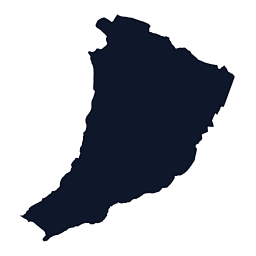 Zipacón, Cundinamarca, Colombia (orthographic projection)
{"feature_id": "7082276B87825426201074", "entity_name": "Zipacón", "entity_type": "district", "adm_level": 2, "iso_a3": "COL", "parent_name": "Colombia", "parent_adm1": "Cundinamarca", "projection": "orthographic", "projection_center": [-74.398, 4.753], "detail": "fine", "context": "isolated", "style": "filled", "palette": "ink", "viewbox_px": 256, "rotation_deg": 0, "n_neighbors": 0, "source": "geoboundaries", "source_scale": "gbopen_adm2", "svg_char_len": 5693}
<svg xmlns="http://www.w3.org/2000/svg" viewBox="0 0 256 256"><path d="M108.9,207.8L109.7,205.9L110.2,205.6L111.6,205.5L112.1,205.1L112.4,204.6L113.8,203.8L114.8,203.6L115.0,202.6L116.8,202.8L117.1,202.0L117.7,201.6L118.5,201.6L119.6,202.2L121.5,202.7L122.1,202.6L123.9,202.1L124.6,202.1L125.7,202.3L126.8,201.6L128.8,201.5L129.6,201.3L130.2,200.9L131.4,199.5L132.4,198.9L132.6,198.6L133.0,198.3L134.0,198.3L134.9,198.1L136.2,198.2L137.1,197.4L137.5,197.2L138.2,197.1L140.7,195.4L141.7,194.9L142.8,193.7L145.0,192.8L145.7,192.6L149.0,192.3L150.2,192.3L151.5,192.6L153.1,192.6L158.9,190.9L159.5,190.2L160.3,189.5L161.7,187.6L162.4,187.1L163.2,187.0L164.1,187.3L164.8,187.2L166.7,186.8L167.5,186.4L167.8,185.7L170.2,183.4L172.3,180.7L172.6,179.9L173.1,179.3L173.9,177.9L174.0,175.8L174.4,175.2L174.8,175.0L175.2,175.0L176.2,175.3L178.5,174.5L179.5,174.8L180.4,174.6L181.7,174.0L184.5,172.2L186.7,170.2L190.5,165.4L192.1,162.9L193.1,161.4L193.9,160.1L194.3,158.7L194.5,156.7L195.2,154.1L196.1,149.9L196.1,149.1L195.9,148.6L195.6,148.1L195.0,147.9L194.8,147.0L194.8,146.0L195.2,144.8L195.8,143.9L196.4,143.5L197.0,143.4L197.8,143.0L198.5,142.1L199.0,140.9L200.0,140.3L200.5,139.7L201.0,139.4L201.3,138.8L201.5,137.6L201.2,136.8L201.2,135.6L200.7,134.1L207.2,131.3L206.9,127.4L207.0,126.2L207.3,125.8L208.4,125.8L211.6,126.1L212.9,126.1L212.3,123.4L211.1,120.5L211.5,119.8L214.9,112.0L217.0,113.6L217.5,112.3L218.2,110.8L218.7,110.5L220.4,105.9L220.4,105.3L221.4,105.8L222.7,106.1L223.3,106.0L233.9,77.0L233.7,76.3L232.1,74.5L230.6,74.0L229.6,73.2L228.4,72.8L227.7,72.2L227.1,71.2L226.2,69.1L224.8,67.4L224.3,66.5L223.9,66.6L223.3,67.5L222.7,68.0L222.2,67.7L222.1,68.0L220.7,69.8L220.1,69.5L218.5,69.6L217.8,69.1L217.3,68.4L217.0,67.2L217.0,66.3L216.6,65.8L216.2,65.7L215.0,65.7L213.2,65.2L211.6,65.1L204.9,63.3L199.4,60.9L198.0,60.5L197.4,59.9L196.6,58.9L190.9,54.1L190.2,52.6L189.5,51.6L188.0,51.1L187.1,50.4L185.1,48.6L184.2,48.3L181.6,48.7L180.4,48.4L179.5,48.5L179.0,48.7L177.8,48.9L176.6,49.4L176.2,49.4L175.2,49.1L174.6,48.5L174.1,47.5L173.5,46.7L171.0,44.2L170.8,43.1L170.4,42.2L169.6,41.3L168.6,39.7L168.6,38.4L168.5,38.0L167.2,37.6L166.3,37.1L165.7,37.0L165.2,37.2L164.9,37.5L164.3,37.9L163.7,38.0L163.5,37.9L163.2,37.1L162.9,36.8L160.9,36.8L159.8,35.8L159.1,35.6L155.2,34.1L154.4,34.1L153.2,33.9L152.7,33.8L151.2,32.9L149.9,32.8L149.2,32.6L148.6,31.9L148.4,31.5L148.6,30.1L148.4,28.3L148.6,27.8L149.3,27.1L149.6,26.5L149.6,25.9L149.5,25.6L148.6,25.4L148.6,25.0L148.0,24.4L143.2,22.3L140.8,21.7L132.3,18.7L131.4,18.4L129.9,18.4L128.7,18.1L128.1,18.1L126.7,17.7L121.0,17.1L118.3,16.0L117.5,15.4L113.7,21.5L112.8,22.3L112.5,22.9L111.7,22.8L107.5,20.0L104.4,18.3L103.5,18.3L101.8,18.8L99.3,20.3L98.1,21.3L97.6,22.0L97.4,23.0L96.8,23.8L96.3,25.1L96.5,26.0L96.9,26.7L98.0,27.5L100.6,29.1L101.5,29.9L103.5,31.9L105.5,33.6L107.5,35.9L107.6,36.6L106.8,38.4L106.7,39.4L107.1,41.3L107.8,42.4L107.9,44.1L107.4,45.3L106.4,46.0L105.7,46.9L104.5,47.6L103.1,48.9L101.6,49.9L99.8,50.0L99.2,49.9L98.4,49.3L97.7,49.2L97.1,49.3L96.8,49.6L96.1,50.8L94.8,51.9L94.6,52.3L92.2,52.7L91.5,52.7L89.9,52.0L89.3,52.0L88.8,52.4L88.9,52.9L89.6,53.6L91.3,56.4L91.0,57.7L91.2,59.6L91.8,60.2L92.3,63.2L93.3,64.7L94.1,68.1L94.4,72.4L94.2,79.1L94.3,80.8L93.9,88.3L94.1,89.3L95.3,90.2L95.6,90.5L95.7,91.2L95.2,93.7L94.0,97.4L93.5,98.6L92.6,100.5L92.2,102.1L92.1,103.3L92.2,107.6L92.1,108.7L91.0,111.4L89.2,114.1L87.3,116.6L87.0,117.6L86.3,119.1L86.2,121.7L86.5,122.5L86.7,123.5L87.1,124.3L87.2,125.4L87.0,127.9L86.2,130.9L85.7,131.5L84.0,133.1L84.0,134.1L84.5,135.2L83.7,136.6L83.8,139.8L83.1,141.6L82.6,144.9L82.2,145.8L82.0,146.5L80.8,147.9L80.5,150.9L80.5,151.5L81.1,152.8L81.1,153.7L80.1,156.0L79.5,158.3L79.0,158.8L78.6,159.0L78.0,159.0L76.7,158.5L76.3,158.6L75.9,158.9L75.2,160.3L73.6,161.7L72.8,163.1L72.4,163.4L71.8,164.9L71.9,165.3L72.5,166.3L72.4,167.7L71.6,169.1L71.6,169.7L70.8,171.9L70.0,172.5L68.7,173.1L66.2,174.5L63.7,177.5L62.6,178.2L62.3,179.1L61.7,179.9L61.0,182.0L60.7,183.0L60.5,186.5L60.1,187.4L59.3,188.1L58.2,188.8L57.6,189.8L57.1,190.2L55.8,191.0L54.7,191.8L54.4,191.9L53.2,191.7L52.4,191.9L52.1,192.3L51.9,193.3L51.8,193.7L49.6,195.0L47.8,196.6L44.3,199.1L44.0,198.7L43.1,199.6L42.9,199.4L42.2,201.3L41.1,202.5L40.4,202.1L39.2,203.0L36.2,204.4L33.6,205.9L32.5,206.4L30.8,207.5L30.3,208.2L29.6,208.6L29.5,208.8L30.0,209.6L29.8,210.0L28.0,211.1L26.8,212.3L26.7,213.0L26.3,213.9L24.5,215.1L24.1,215.5L24.0,216.1L22.1,216.2L24.1,217.5L25.0,218.0L25.9,218.3L27.6,219.2L28.2,219.9L28.4,220.7L28.8,221.2L29.8,220.8L31.3,220.7L32.1,221.1L32.8,221.0L33.5,221.3L36.9,224.3L45.4,231.1L45.3,231.4L45.7,231.7L45.7,232.1L46.0,233.2L45.9,233.6L46.7,235.1L47.1,235.4L45.4,236.6L44.2,238.2L43.6,238.6L43.5,238.9L43.4,239.3L43.6,240.0L43.9,240.4L44.2,240.6L45.2,240.3L46.7,240.1L47.7,239.0L48.2,238.8L48.7,238.4L48.7,237.8L49.0,237.3L50.1,237.0L50.9,236.2L51.9,236.1L52.1,235.7L52.3,234.6L52.5,234.2L53.5,234.7L53.7,235.1L54.1,235.0L54.1,234.5L55.2,234.5L57.5,234.2L61.3,232.4L63.7,230.9L63.8,230.5L64.1,230.4L64.7,230.3L66.1,229.8L66.7,229.4L67.6,228.1L68.5,227.8L68.6,227.6L68.8,227.5L69.4,227.5L71.0,227.0L73.8,226.6L75.3,225.4L77.2,225.7L77.9,225.5L78.3,225.4L78.7,225.0L80.0,224.2L83.1,222.8L85.1,222.3L86.0,222.2L87.6,222.3L88.0,222.1L89.5,222.5L90.9,223.6L91.4,223.6L91.6,223.3L92.0,223.1L92.3,223.1L93.2,223.6L93.7,223.4L95.0,222.5L95.3,222.0L95.5,221.9L96.4,222.3L96.7,222.3L97.2,221.8L97.4,221.8L97.9,222.4L98.3,222.4L100.2,221.7L100.4,221.5L100.5,220.8L100.7,220.6L101.6,220.6L101.9,220.9L102.4,219.9L103.5,219.2L104.2,218.5L105.3,216.7L106.5,215.2L106.5,214.9L106.1,214.2L106.3,213.2L107.4,212.1L107.6,211.3L107.8,208.8L108.0,208.4L108.9,207.8Z" fill="#0f172a" stroke="#020617" stroke-width="1.5"/></svg>